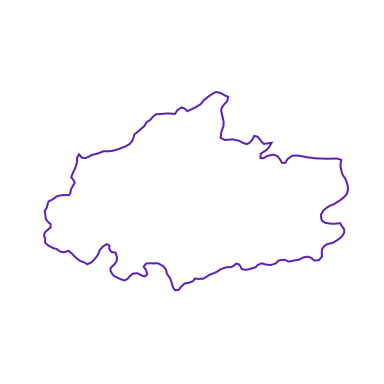 Paraguaçu, Minas Gerais, Brazil, rotated 79°
{"feature_id": "56859067B60579202812316", "entity_name": "Paraguaçu", "entity_type": "district", "adm_level": 2, "iso_a3": "BRA", "parent_name": "Brazil", "parent_adm1": "Minas Gerais", "projection": "robinson", "projection_center": [-45.749, -21.568], "detail": "fine", "context": "isolated", "style": "outline", "palette": "violet", "viewbox_px": 384, "rotation_deg": 79, "n_neighbors": 0, "source": "geoboundaries", "source_scale": "gbopen_adm2", "svg_char_len": 3177}
<svg xmlns="http://www.w3.org/2000/svg" viewBox="0 0 384 384"><g transform="rotate(79 192 192)"><path d="M108.8,212.6L110.8,216.2L113.0,218.9L115.0,223.5L118.3,226.3L120.1,229.6L122.4,233.5L124.6,237.7L127.4,239.0L130.3,240.8L132.9,243.9L134.5,248.3L135.1,251.6L135.7,254.9L136.1,258.2L136.4,262.5L136.1,266.3L135.1,271.1L136.0,275.9L136.4,279.3L136.5,283.1L137.7,286.9L138.3,290.1L137.4,293.5L133.4,295.7L136.7,298.4L140.5,299.1L143.7,300.6L147.6,303.0L150.8,305.5L154.6,307.8L157.2,306.2L160.5,305.3L164.2,308.6L166.6,310.6L169.4,311.3L171.6,313.3L170.9,316.5L170.2,321.3L170.5,325.8L172.4,329.5L174.0,334.7L177.0,336.3L179.6,337.5L182.3,340.1L185.8,340.3L190.7,340.7L194.4,338.7L196.5,336.9L199.8,337.6L201.8,341.2L203.4,343.9L206.4,345.6L210.1,345.0L213.7,345.9L217.2,343.2L220.5,339.1L222.2,335.6L225.2,333.0L226.8,329.4L226.2,324.6L229.0,322.0L232.3,319.9L236.2,317.1L238.7,314.4L240.2,311.6L243.0,308.5L241.7,303.7L239.6,300.8L237.0,297.6L234.2,295.3L231.2,293.5L228.7,290.1L226.8,285.6L228.8,283.3L231.9,284.1L235.3,282.7L237.2,278.5L242.0,278.1L245.6,279.3L248.0,281.7L249.7,284.4L251.4,286.7L254.1,287.0L257.4,285.9L260.1,284.0L261.8,281.6L264.1,278.5L266.0,274.9L264.8,271.6L262.5,268.8L260.8,265.6L261.4,260.9L264.0,257.8L265.9,254.6L264.3,251.6L260.1,252.0L256.0,253.7L253.5,250.6L253.9,246.9L254.7,243.6L255.4,239.1L257.5,236.5L259.7,234.1L263.3,232.3L267.6,232.2L272.6,229.9L278.4,229.1L282.2,228.8L285.2,227.3L285.6,223.6L282.9,220.9L280.4,216.7L280.6,212.6L279.6,207.8L277.5,205.7L278.6,202.2L279.2,197.4L277.6,193.1L276.5,190.0L275.9,186.1L274.8,182.0L273.1,178.0L272.4,172.3L273.2,168.8L272.7,165.5L270.7,162.4L272.0,159.7L274.5,158.6L277.0,157.9L278.4,155.1L278.8,151.8L278.4,148.5L278.1,144.2L276.1,141.1L275.3,137.1L277.4,133.2L278.7,128.5L278.1,123.5L275.8,120.0L275.8,116.5L276.5,113.4L278.8,110.4L278.7,105.8L278.9,100.4L277.5,95.4L277.5,90.7L279.4,87.6L282.7,84.9L283.1,80.3L280.1,76.7L276.1,76.2L272.8,75.2L270.5,72.7L269.0,69.5L268.7,63.5L267.4,59.7L265.9,56.2L263.8,52.8L260.9,50.3L257.4,49.8L253.7,51.6L250.9,52.5L250.4,57.9L249.6,61.8L247.7,67.0L245.0,69.9L241.7,70.2L238.6,69.6L234.9,66.1L232.8,62.0L231.8,59.1L230.9,54.7L229.3,50.6L228.1,47.5L226.1,43.9L223.8,40.7L220.7,38.9L217.4,38.1L213.2,38.1L208.3,38.9L204.4,40.7L200.9,41.2L195.5,41.4L192.6,40.7L189.0,39.3L187.0,42.8L186.1,47.3L185.4,51.5L184.6,55.5L183.7,59.2L182.7,63.6L181.2,68.1L180.3,71.2L178.8,75.0L177.2,79.0L176.2,82.2L175.5,86.4L177.7,91.7L181.2,95.0L180.6,98.1L177.0,99.3L173.3,101.1L170.9,104.7L170.9,111.1L172.5,115.4L171.8,118.3L167.5,117.2L166.2,114.0L164.9,110.8L162.7,107.8L158.9,104.5L158.5,112.3L155.8,114.2L152.9,115.5L150.3,117.0L148.8,120.2L152.1,122.8L154.5,125.8L155.5,129.1L153.3,133.0L150.9,135.7L149.5,138.8L148.1,141.9L147.6,146.1L147.2,149.9L144.2,153.6L139.4,152.0L135.7,150.0L133.0,148.4L128.8,147.5L121.7,147.8L117.7,147.9L114.7,146.5L112.0,143.6L109.7,140.3L105.5,138.3L103.6,141.2L101.6,143.4L99.9,145.7L98.4,149.5L99.9,154.1L101.9,158.7L104.3,163.0L107.6,167.0L109.4,171.9L110.8,177.2L111.8,181.1L109.0,183.1L106.9,185.9L108.9,190.7L112.1,193.8L111.2,197.1L110.1,201.6L109.6,207.1L108.8,212.6Z" fill="none" stroke="#5b21b6" stroke-width="2"/></g></svg>